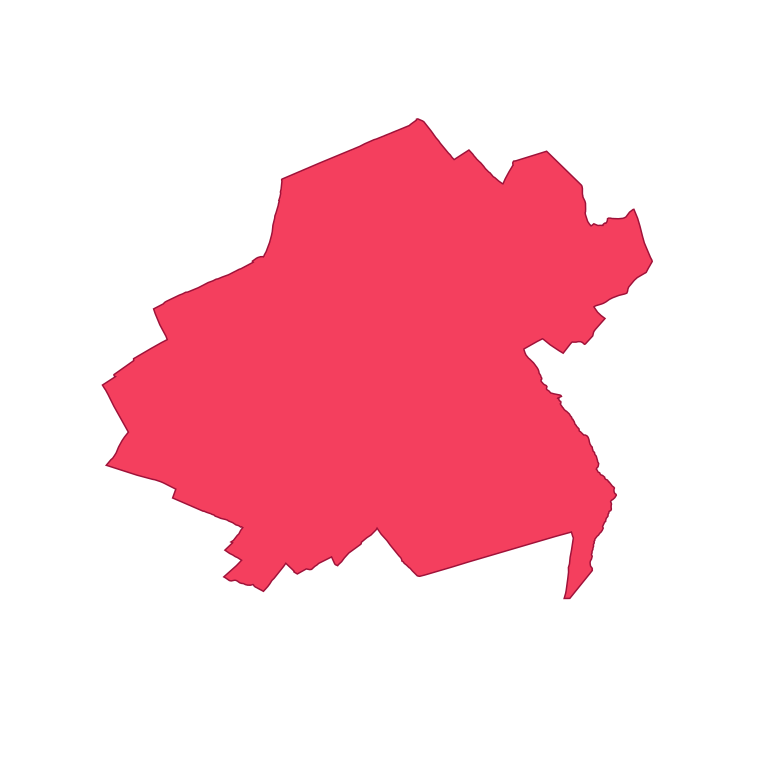 outline of Aroneanu, Iasi, Romania, rotated 167°
{"feature_id": "2599482B41407607343101", "entity_name": "Aroneanu", "entity_type": "district", "adm_level": 2, "iso_a3": "ROU", "parent_name": "Romania", "parent_adm1": "Iasi", "projection": "equal_earth", "projection_center": [27.602, 47.231], "detail": "fine", "context": "isolated", "style": "filled", "palette": "rose", "viewbox_px": 768, "rotation_deg": 167, "n_neighbors": 0, "source": "geoboundaries", "source_scale": "gbopen_adm2", "svg_char_len": 6152}
<svg xmlns="http://www.w3.org/2000/svg" viewBox="0 0 768 768"><g transform="rotate(167 384 384)"><path d="M408.1,213.2L407.0,211.4L406.4,209.9L406.3,207.9L406.4,207.5L405.1,206.2L404.7,204.8L402.8,202.5L400.9,199.5L400.0,198.6L398.4,195.5L394.7,189.6L392.9,188.7L392.2,188.6L387.3,188.7L358.5,190.4L341.8,191.6L251.5,196.9L234.7,197.6L234.4,192.7L234.1,191.5L238.7,179.9L241.6,173.3L243.8,166.8L245.6,163.7L246.5,159.2L248.6,153.3L253.0,141.7L254.1,139.2L256.7,134.5L251.2,133.3L223.0,155.4L223.0,156.2L222.6,156.9L222.7,158.0L223.7,160.0L223.6,162.2L223.3,163.9L222.5,165.4L221.3,166.6L219.9,169.3L219.9,169.7L220.2,170.6L220.1,171.5L219.3,172.6L219.0,174.0L217.6,176.0L217.3,177.2L216.4,178.5L216.0,180.7L215.4,181.2L214.9,181.9L214.7,183.5L213.9,184.0L213.4,185.4L212.8,185.9L210.5,187.8L209.0,188.5L207.4,190.0L205.8,190.9L204.2,192.4L202.8,194.3L203.1,195.6L203.1,195.9L200.0,199.9L199.1,200.1L198.9,200.3L198.6,201.4L197.6,203.2L195.7,204.6L195.4,205.1L194.9,206.8L194.0,207.6L193.5,208.9L193.2,209.3L191.7,209.6L191.0,210.2L190.6,211.0L190.4,213.0L189.8,215.0L189.4,215.6L189.3,216.8L189.7,217.9L189.6,218.6L188.1,219.7L187.2,219.9L184.7,221.3L182.7,223.3L182.7,224.3L183.7,225.4L184.0,226.6L184.0,227.9L183.7,229.4L182.9,230.8L183.3,231.8L184.5,233.2L186.6,237.7L187.0,237.9L187.2,238.3L187.1,238.6L187.6,239.3L187.8,240.0L188.3,240.5L189.3,241.1L190.1,242.4L189.9,243.5L191.6,245.8L192.8,246.4L193.6,247.6L193.9,249.1L195.0,249.8L195.3,250.4L195.8,252.4L196.3,253.2L195.7,254.1L194.2,255.1L193.7,255.8L192.7,258.2L193.3,260.2L193.2,261.2L193.4,265.7L193.7,266.7L194.4,267.8L194.3,269.9L195.5,271.9L195.3,272.6L195.5,273.7L195.3,275.7L196.0,276.7L196.8,279.2L196.9,281.5L196.8,283.7L197.1,286.2L197.9,287.8L198.6,288.4L199.6,289.1L200.8,289.3L203.4,293.4L204.1,294.0L204.3,294.5L204.1,296.4L205.9,299.5L206.1,300.5L207.0,302.1L207.0,303.0L207.2,304.8L207.8,306.3L207.8,307.0L208.5,307.5L208.7,309.6L209.5,310.9L210.1,313.0L212.4,316.5L212.9,316.8L214.2,318.6L214.8,320.4L215.4,321.1L215.4,321.5L216.5,324.2L216.7,325.0L215.9,325.7L215.7,327.2L216.6,328.0L217.0,329.0L217.2,329.6L216.9,330.2L218.0,331.0L217.8,331.2L213.9,332.0L214.2,333.0L215.1,333.7L220.4,336.1L223.6,337.8L224.7,339.9L226.5,341.8L226.8,342.5L226.6,343.3L225.8,344.8L226.3,346.0L228.1,347.5L228.7,348.3L230.3,351.3L229.9,352.9L229.1,353.4L229.0,354.4L229.4,355.4L229.5,357.2L230.4,359.6L230.3,361.8L230.6,363.8L231.2,365.6L233.5,370.9L236.6,375.7L237.4,376.7L239.1,380.2L239.6,382.7L239.9,385.8L239.8,386.6L239.0,386.9L225.1,391.0L219.4,392.4L218.5,391.5L213.2,384.7L206.0,377.1L202.5,373.7L193.2,381.3L191.4,382.5L190.8,382.5L190.1,382.2L187.4,381.6L185.3,381.6L182.9,381.0L181.3,379.8L180.0,377.9L179.7,377.6L178.8,377.7L169.8,383.9L168.2,387.2L167.4,388.2L165.8,389.6L153.9,398.1L157.1,401.9L159.8,406.0L162.1,411.9L160.3,412.6L154.3,413.0L152.0,413.3L149.2,414.1L145.4,415.7L141.8,416.6L135.2,417.5L129.2,417.6L127.0,417.9L125.9,419.4L124.9,421.8L123.7,423.5L116.7,428.8L113.3,430.7L103.4,433.8L100.5,437.2L95.1,443.0L95.1,444.4L95.9,447.4L98.6,462.9L98.9,469.6L99.1,480.2L99.6,488.4L101.2,498.0L102.1,498.0L106.1,496.2L110.6,492.4L112.2,491.9L114.0,491.7L118.5,492.3L124.4,493.9L126.2,494.7L127.8,495.1L129.0,494.8L129.4,493.6L130.0,492.4L130.7,491.5L131.5,491.1L131.7,490.7L132.6,491.1L133.7,490.7L134.7,490.1L135.0,489.3L137.8,490.0L139.9,490.3L143.5,492.9L145.9,491.7L146.7,491.5L147.8,493.4L149.0,496.6L149.6,503.5L149.5,505.6L148.9,506.5L148.2,509.1L147.0,514.8L147.1,516.9L148.2,521.8L147.9,522.3L148.0,523.3L147.8,525.1L146.7,529.8L146.6,532.2L146.9,533.3L173.2,574.2L205.4,571.8L207.6,572.0L208.6,570.9L209.0,569.5L209.0,568.1L209.5,567.8L214.4,562.7L219.7,556.7L223.0,552.3L223.6,552.6L226.7,556.1L229.7,560.3L230.7,561.1L231.1,561.7L233.2,565.9L234.2,566.9L236.8,571.1L237.9,573.7L240.0,577.7L241.3,579.5L243.3,582.6L243.7,583.7L244.9,585.8L245.8,588.0L248.6,592.9L265.2,586.9L266.8,589.6L267.9,592.3L269.3,594.5L275.1,606.1L276.0,608.5L278.1,612.5L281.1,619.8L286.2,630.6L287.3,631.7L291.4,634.7L292.8,634.7L293.1,633.8L300.2,630.8L300.9,630.2L336.5,624.4L338.7,624.3L348.8,622.4L354.2,621.0L396.5,613.9L437.3,606.6L437.6,606.4L437.8,606.0L437.9,604.4L440.4,597.1L441.8,594.3L441.7,593.5L442.0,592.5L443.3,589.7L445.3,586.3L444.9,585.8L446.2,583.5L446.9,581.8L450.7,575.1L452.5,572.3L453.3,570.0L456.5,563.7L458.6,557.5L460.2,554.1L463.6,547.7L469.1,539.4L471.4,536.9L472.5,535.3L472.9,535.0L473.6,535.4L475.7,535.8L478.6,535.6L480.1,535.2L484.6,533.3L484.0,532.1L497.9,528.4L499.1,528.4L511.0,525.4L517.6,524.6L522.2,523.8L524.0,523.9L527.6,523.0L532.5,522.4L543.3,519.6L554.8,517.7L556.6,518.0L560.1,517.1L563.2,516.7L577.5,513.5L579.3,512.9L581.1,511.7L591.6,509.0L591.1,504.0L589.1,492.1L585.7,479.6L585.2,476.0L591.5,474.4L602.4,471.2L622.3,465.0L622.6,463.1L645.0,453.9L645.1,453.0L644.8,452.3L644.0,451.6L658.6,446.3L657.1,441.9L656.7,441.1L655.2,435.7L652.2,423.1L643.9,394.6L648.9,390.6L652.1,387.6L656.8,382.3L660.5,377.1L662.9,374.7L665.1,372.7L667.2,371.6L672.9,367.3L645.1,350.7L631.0,343.2L628.7,342.2L623.8,339.2L621.3,337.4L610.5,328.4L615.6,320.5L588.9,300.8L587.9,300.5L585.9,299.0L581.8,296.5L580.7,295.5L579.4,294.9L578.2,293.2L576.4,292.1L573.1,289.7L568.8,287.6L567.1,286.5L566.4,285.6L562.7,283.0L559.9,280.0L557.5,278.7L555.9,276.9L555.1,277.0L553.9,275.8L556.5,273.7L559.2,270.5L561.0,269.5L565.9,265.5L568.7,264.5L567.3,263.3L576.4,257.9L572.6,253.7L569.8,251.4L567.7,249.2L565.9,247.9L562.4,244.3L568.7,240.2L583.5,232.1L582.1,230.8L578.9,227.3L577.2,226.5L573.7,226.4L572.5,226.0L570.9,224.7L570.6,224.2L569.2,222.7L567.7,221.8L565.8,221.1L564.1,219.7L562.1,218.7L559.3,218.0L556.8,218.1L556.4,217.7L556.0,216.4L555.2,215.3L548.1,209.1L542.8,212.8L540.2,215.0L537.4,217.8L534.9,219.3L522.9,228.8L520.0,231.4L514.7,223.4L513.7,221.7L514.0,221.4L514.0,221.1L511.2,218.4L501.3,221.3L498.0,219.8L496.2,219.7L492.4,221.9L489.9,222.8L488.0,223.9L474.0,227.3L472.5,219.8L471.9,218.8L470.0,217.4L469.1,218.2L465.3,220.4L461.8,223.4L456.2,227.3L442.6,233.1L442.2,233.5L441.6,234.9L435.3,238.1L430.6,239.8L424.5,243.7L423.2,245.1L420.5,238.2L416.4,230.9L414.2,225.7L408.1,213.2Z" fill="#f43f5e" stroke="#9f1239" stroke-width="1.5"/></g></svg>